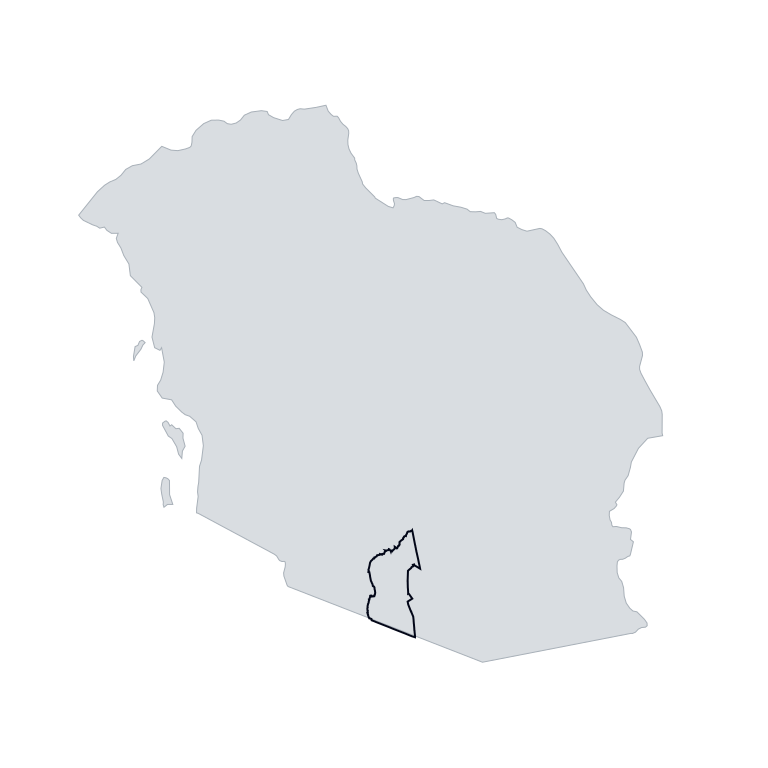 Ngorongoro, Arusha, United Republic of Tanzania (highlighted), rotated 169°
{"feature_id": "72390352B42279830137418", "entity_name": "Ngorongoro", "entity_type": "district", "adm_level": 2, "iso_a3": "TZA", "parent_name": "United Republic of Tanzania", "parent_adm1": "Arusha", "projection": "robinson", "projection_center": [35.632, -2.654], "detail": "fine", "context": "in_parent", "style": "outline", "palette": "ink", "viewbox_px": 768, "rotation_deg": 169, "n_neighbors": 0, "source": "geoboundaries", "source_scale": "gbopen_adm2", "svg_char_len": 8622}
<svg xmlns="http://www.w3.org/2000/svg" viewBox="0 0 768 768"><g transform="rotate(169 384 384)"><path d="M289.9,550.4L282.1,545.7L274.9,542.9L269.1,539.8L266.5,536.7L261.1,535.5L256.3,535.0L252.0,532.2L243.0,531.1L242.0,529.2L241.8,525.0L240.3,523.9L237.0,522.8L233.5,522.9L231.3,523.5L230.1,523.2L227.1,520.7L224.4,517.6L223.4,512.5L219.3,509.3L214.5,506.7L201.4,507.0L199.3,506.2L196.2,503.7L192.5,499.5L189.5,494.7L186.9,488.1L184.2,479.3L169.1,444.2L167.5,437.6L164.5,430.2L159.7,421.2L154.5,414.5L147.6,408.4L139.7,402.3L135.4,398.2L127.3,381.7L125.6,374.0L124.3,366.0L124.8,362.7L129.8,352.4L130.3,349.5L129.7,345.6L127.2,337.3L124.0,327.4L117.5,309.2L116.5,304.6L116.7,301.1L120.4,282.7L120.3,280.1L135.5,280.4L146.5,272.3L156.1,260.2L158.0,255.2L161.9,247.4L165.8,243.6L167.2,240.9L169.4,233.2L174.5,227.9L179.4,223.9L178.4,221.0L179.1,220.0L181.8,217.9L187.0,216.0L188.0,212.0L188.0,207.4L187.1,204.8L187.3,201.9L186.5,200.2L183.1,199.8L178.0,197.5L173.7,196.6L170.9,195.2L169.8,194.2L169.3,191.5L171.7,184.4L169.3,181.5L174.6,169.8L175.5,168.4L177.5,168.2L180.5,166.9L183.3,166.4L185.6,166.8L187.3,166.3L188.8,165.0L190.0,161.0L191.1,154.4L190.5,148.9L188.3,144.8L187.7,138.4L188.7,129.8L188.0,122.7L185.5,117.0L183.0,113.7L179.2,112.1L173.3,103.4L171.4,99.2L171.8,96.5L173.8,95.4L177.6,95.8L181.2,94.8L184.5,92.4L187.7,91.7L189.5,92.1L340.4,92.1L516.8,203.5L517.5,204.9L518.9,214.5L518.6,217.7L515.9,223.3L515.1,226.2L515.0,228.2L515.7,228.9L518.0,229.2L520.0,230.5L520.7,231.6L522.2,235.7L524.1,237.8L591.1,292.5L592.6,293.3L591.6,297.9L587.9,309.0L587.6,313.7L586.1,319.1L584.7,322.7L580.8,338.4L577.6,344.2L573.1,357.9L572.4,368.4L574.8,375.8L575.7,382.7L580.9,389.4L585.0,391.8L587.8,394.9L592.7,402.0L595.5,409.0L604.4,412.5L607.9,420.4L606.6,425.9L602.5,430.4L598.6,437.7L595.5,447.4L595.4,462.1L597.5,459.8L602.2,463.4L602.8,474.3L597.9,486.9L596.4,492.8L596.2,497.9L599.6,513.0L605.0,520.6L604.6,523.0L603.2,525.1L612.3,538.7L611.5,550.5L614.9,559.7L616.3,567.7L618.6,573.8L619.0,578.0L616.2,582.7L622.8,583.9L626.7,587.7L628.5,591.4L633.3,591.2L635.9,593.7L639.6,595.8L647.9,602.0L650.1,605.1L651.5,608.0L628.6,627.4L620.4,632.4L614.5,634.7L608.2,636.0L602.3,639.1L596.6,643.9L589.4,646.3L580.6,646.3L571.4,649.7L556.8,659.7L548.4,654.2L541.8,652.4L534.1,652.6L529.5,653.3L527.8,654.5L526.4,657.9L525.1,663.5L520.1,668.9L511.3,674.0L503.2,675.9L495.9,674.6L490.9,672.5L488.2,669.5L484.4,668.1L479.3,668.4L474.5,670.5L469.8,674.5L462.4,676.3L452.2,675.7L446.7,673.8L446.0,670.4L441.5,666.5L433.3,662.0L427.3,661.9L423.4,666.2L419.9,668.9L416.7,670.0L413.8,670.2L409.7,669.0L398.4,668.5L387.8,668.7L386.7,662.5L384.5,658.7L382.5,656.4L378.9,655.8L377.8,654.1L376.6,650.2L374.8,646.9L372.4,644.1L370.9,641.6L370.4,639.3L370.8,636.7L373.0,630.3L373.7,625.9L373.5,621.4L372.3,616.8L369.7,611.3L370.0,609.7L369.1,606.0L369.0,603.4L369.5,600.1L369.0,595.8L366.8,586.7L366.8,584.3L364.5,579.9L357.4,569.4L357.1,568.1L345.9,557.5L341.5,555.2L339.9,557.2L339.3,559.0L339.7,562.4L339.5,564.1L339.0,564.8L336.4,564.7L334.7,564.3L330.5,561.5L327.2,560.8L319.0,561.3L316.2,562.0L313.9,561.3L309.6,556.5L304.5,555.5L300.0,555.2L292.5,549.7L289.9,550.4ZM605.7,374.1L609.3,385.7L608.8,387.9L606.2,389.2L604.9,389.4L603.3,387.5L602.1,383.6L600.2,384.5L596.8,379.8L593.5,379.6L590.6,374.0L591.7,369.2L591.1,360.9L594.7,356.6L596.7,349.5L599.0,354.3L599.5,362.0L602.6,370.9L605.7,374.1ZM623.5,305.0L623.8,307.7L623.1,310.3L623.2,318.6L622.9,324.0L620.2,331.6L617.9,334.3L615.9,333.5L614.3,332.3L613.0,330.2L615.6,316.3L614.3,306.1L619.5,307.1L623.5,305.0ZM615.8,472.4L613.2,473.1L612.2,472.4L610.6,470.2L613.3,468.2L616.0,464.5L622.3,458.9L625.2,454.5L624.7,458.8L621.2,468.2L618.2,468.9L615.8,472.4Z" fill="#d9dde1" stroke="#a8b0b8" stroke-width="1"/><path d="M434.9,203.4L435.2,202.4L434.3,202.1L434.3,198.6L434.4,197.8L434.4,197.2L434.4,195.6L434.4,194.7L434.4,194.3L434.4,193.7L434.4,193.2L434.1,192.4L433.9,191.0L433.5,189.9L433.5,188.6L433.4,188.3L433.5,187.8L433.2,187.5L432.9,187.4L432.6,187.2L432.4,186.7L432.2,186.2L432.2,185.8L432.4,184.4L432.3,183.2L432.4,181.7L432.4,181.0L432.5,180.8L432.6,180.4L432.8,179.8L433.1,179.1L433.5,178.4L433.6,178.7L433.8,178.4L434.1,178.1L434.3,178.0L434.5,177.8L434.9,177.6L435.1,177.6L435.3,177.5L435.5,177.5L436.1,177.9L436.3,178.0L436.4,178.3L436.5,178.3L436.6,178.5L436.9,178.4L437.3,178.5L437.4,178.8L437.5,178.8L437.5,178.7L437.6,178.8L438.0,178.7L438.1,178.0L438.2,177.6L438.4,177.5L438.5,177.2L438.8,176.7L439.3,176.1L439.3,175.8L439.3,175.6L439.4,175.4L439.5,175.3L439.6,175.2L439.8,175.2L439.7,174.8L439.8,174.6L440.0,174.4L440.2,174.0L440.2,173.9L440.4,173.6L440.5,173.5L440.5,173.3L440.9,172.1L441.2,171.7L441.4,171.4L441.7,171.1L441.8,171.0L441.8,170.6L442.5,169.2L442.6,168.8L442.6,168.4L442.6,167.9L442.7,167.6L443.0,167.4L443.2,166.7L443.3,166.0L443.3,165.8L443.4,165.3L443.4,165.2L443.2,165.0L443.1,164.7L443.3,164.4L443.4,164.2L443.5,164.0L443.4,163.6L443.5,163.4L443.6,163.2L443.5,162.9L443.8,162.7L443.7,162.6L443.9,162.1L443.8,161.9L443.9,161.6L443.7,161.4L443.7,161.0L443.8,160.9L443.8,160.7L443.7,160.6L443.8,160.4L443.8,160.2L443.7,159.7L443.6,158.7L443.5,158.3L443.5,158.1L443.4,157.9L443.3,157.6L443.2,157.3L443.2,157.1L442.9,156.9L443.0,156.8L443.0,156.7L442.7,156.6L442.4,156.4L442.1,156.2L441.7,156.1L441.4,155.9L441.2,155.8L441.2,155.6L441.1,155.3L441.2,154.4L438.7,152.9L437.6,152.1L431.3,148.1L430.2,147.4L425.0,144.1L422.3,142.3L416.8,138.8L410.6,134.9L409.3,134.0L409.1,133.9L408.5,133.5L405.0,131.2L401.9,129.5L401.8,130.0L401.7,130.3L401.6,131.3L401.5,132.2L401.4,133.6L401.3,134.7L401.1,136.1L401.2,136.3L401.0,137.8L400.8,139.1L400.8,139.3L400.5,142.1L400.4,143.3L400.4,143.6L400.3,144.1L400.3,144.4L400.2,144.8L400.2,145.4L400.0,146.5L399.7,150.1L400.5,153.9L400.7,155.4L400.9,155.4L401.2,156.9L401.2,157.0L402.3,162.9L402.3,165.9L397.2,167.9L399.5,173.0L400.0,173.7L400.3,173.6L400.2,174.0L399.9,175.9L399.6,178.3L399.4,180.1L399.2,181.1L398.9,183.0L398.4,185.8L398.3,186.5L398.2,186.5L398.3,186.5L396.4,194.8L396.2,195.6L396.2,195.9L396.1,196.1L395.7,196.3L395.2,196.7L394.5,197.0L394.2,197.3L393.4,197.6L392.6,198.1L392.4,198.2L392.2,198.6L392.1,198.8L391.9,198.9L391.2,199.3L390.5,199.3L389.8,199.7L389.8,200.2L390.0,200.6L390.1,201.0L388.9,201.1L388.9,200.4L383.8,195.8L383.8,197.8L383.8,198.1L383.8,199.2L383.9,201.9L383.9,202.2L383.9,203.1L383.9,205.0L384.0,208.8L384.1,212.4L384.2,213.2L384.1,213.9L384.2,215.9L384.1,216.7L384.2,218.0L384.1,219.1L384.2,219.9L384.2,224.5L384.2,225.7L384.2,227.4L384.2,228.4L384.2,229.5L384.2,231.0L384.2,233.5L384.3,234.9L384.3,235.0L384.4,234.9L384.6,234.7L385.0,234.7L385.3,234.6L385.5,234.7L385.9,234.6L386.1,234.5L386.2,234.3L386.4,234.2L386.5,234.2L387.2,234.4L387.7,234.4L387.8,234.4L388.0,234.6L388.3,234.6L388.5,234.5L388.7,234.4L388.8,234.4L389.0,234.2L389.4,234.1L389.5,234.0L389.6,233.7L390.0,232.8L390.1,232.7L390.3,232.5L390.9,231.9L391.1,231.6L391.4,230.7L391.5,230.5L391.9,230.7L392.1,230.7L392.4,230.7L392.5,230.7L392.9,230.6L393.0,230.6L393.3,230.5L393.5,230.3L393.6,230.1L393.8,229.8L393.8,229.7L394.3,229.5L394.4,229.4L394.6,229.0L394.7,228.8L394.8,228.7L394.7,228.3L394.8,228.1L395.1,228.0L395.7,227.6L396.2,227.5L396.6,227.3L397.1,227.1L397.5,226.8L397.7,226.7L398.0,226.3L398.3,226.3L398.6,226.2L398.9,226.0L399.0,225.7L399.1,225.2L399.2,224.6L399.2,224.3L399.2,223.9L399.3,223.5L399.5,223.5L399.6,223.2L399.9,223.0L399.9,222.9L400.0,222.6L400.3,222.6L400.5,222.6L401.1,222.2L401.1,221.9L401.3,221.8L401.4,221.7L401.9,221.1L402.0,220.8L402.1,220.6L402.5,220.2L403.0,220.2L403.2,220.4L403.5,220.9L403.7,221.2L403.9,221.5L404.0,221.7L404.5,222.2L404.6,221.3L405.2,220.1L406.9,219.1L407.4,218.7L407.4,219.3L407.3,219.5L408.0,219.0L409.0,218.3L409.1,218.6L409.1,218.4L409.2,218.2L409.3,218.8L409.8,219.7L410.2,220.6L410.7,220.9L410.8,220.5L411.0,220.3L411.5,220.1L412.5,220.2L413.3,220.0L413.7,220.0L414.0,220.2L414.5,220.4L414.2,219.9L414.2,219.7L414.3,219.7L414.4,219.8L414.5,219.8L414.5,219.7L414.7,219.4L414.8,219.3L415.0,219.3L415.1,219.1L415.3,219.0L415.5,218.9L415.6,218.7L415.8,218.2L416.2,217.6L416.3,217.3L416.4,217.2L417.2,217.4L417.5,217.5L418.6,217.4L419.1,217.5L419.1,217.3L419.0,217.0L419.8,217.2L420.5,217.4L420.7,217.7L421.1,217.2L421.3,217.1L421.6,217.1L422.7,217.1L423.0,217.2L423.2,217.3L423.3,217.3L423.5,217.2L423.7,216.9L423.9,216.5L424.1,216.2L424.5,216.1L425.5,215.8L425.6,215.7L425.8,215.6L426.1,215.6L426.3,215.6L426.3,215.4L426.4,215.1L426.5,215.0L426.6,214.9L426.7,215.1L427.7,214.8L429.1,213.6L430.6,212.7L431.8,211.2L432.8,208.6L433.8,206.3L434.2,205.5L434.7,204.7L434.6,203.7L434.9,203.4Z" fill="none" stroke="#020617" stroke-width="2"/></g></svg>